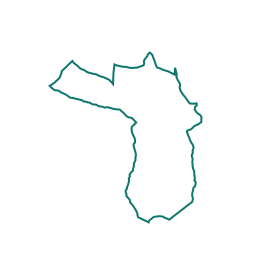 Nova Esperança, Paraná, Brazil, rotated 294°
{"feature_id": "56859067B82552276787712", "entity_name": "Nova Esperança", "entity_type": "district", "adm_level": 2, "iso_a3": "BRA", "parent_name": "Brazil", "parent_adm1": "Paraná", "projection": "equal_earth", "projection_center": [-52.244, -23.163], "detail": "fine", "context": "isolated", "style": "outline", "palette": "teal", "viewbox_px": 256, "rotation_deg": 294, "n_neighbors": 0, "source": "geoboundaries", "source_scale": "gbopen_adm2", "svg_char_len": 2773}
<svg xmlns="http://www.w3.org/2000/svg" viewBox="0 0 256 256"><g transform="rotate(294 128 128)"><path d="M50.6,173.7L50.2,185.2L51.8,185.0L53.7,185.8L55.1,186.6L56.6,187.3L57.7,188.4L60.4,192.9L61.4,196.4L60.8,198.4L61.2,200.6L61.0,202.9L86.7,216.7L88.3,216.4L90.3,215.9L91.8,214.4L94.3,213.3L96.0,213.0L97.8,212.7L100.1,212.1L102.2,212.9L104.3,212.6L106.2,211.8L107.1,210.0L108.7,209.9L110.1,208.9L111.4,208.1L113.3,207.1L115.6,205.9L117.5,203.8L119.7,202.4L121.5,201.5L123.1,200.5L125.0,200.1L126.6,199.2L127.8,198.1L129.4,197.2L131.5,197.4L133.6,196.2L136.7,196.0L139.0,194.1L140.0,192.3L141.3,190.7L142.4,189.2L144.0,188.0L145.6,186.1L146.8,185.0L148.0,183.6L149.6,183.1L150.9,184.6L152.4,186.0L154.7,187.1L156.5,187.7L157.8,188.6L158.9,189.8L160.5,191.0L163.3,192.6L165.8,191.4L167.7,190.8L169.1,188.9L169.9,184.8L172.1,181.3L174.9,180.7L176.7,181.6L178.4,180.7L176.6,177.4L175.5,174.4L179.3,167.8L182.0,162.8L183.4,161.0L184.5,159.8L185.9,158.8L189.4,157.7L191.9,154.1L194.2,151.6L196.9,150.6L202.2,146.5L195.7,148.8L195.9,145.3L196.1,142.1L195.4,136.5L195.5,133.6L195.3,131.7L195.2,129.8L197.0,127.8L199.1,125.8L200.3,124.8L201.4,123.6L202.9,122.1L204.8,120.3L205.8,117.2L203.6,116.3L201.9,116.4L199.9,116.0L198.5,115.6L196.9,115.2L195.0,115.6L193.5,116.6L191.5,116.7L190.4,115.4L188.4,113.4L186.9,111.7L185.4,109.0L184.5,107.0L183.7,105.3L183.4,103.2L182.8,100.6L181.8,98.3L180.6,92.4L180.6,89.8L173.3,92.0L162.1,96.4L163.0,94.8L163.6,93.0L164.4,91.1L164.4,88.4L164.5,85.0L164.0,82.4L163.9,79.7L164.2,77.4L163.5,74.9L163.1,72.4L162.6,69.9L162.5,67.2L163.2,63.9L162.8,62.1L163.1,59.4L164.1,57.1L164.7,54.8L165.2,52.4L166.6,49.9L152.8,44.3L150.8,44.9L149.4,44.9L147.3,45.1L145.5,44.8L143.9,44.4L142.1,43.4L140.1,42.7L138.5,41.8L136.0,40.3L134.7,39.3L133.9,41.1L133.2,43.4L132.7,45.6L133.9,49.4L133.3,52.1L133.3,55.2L133.2,58.0L132.7,60.4L132.2,62.8L132.9,65.1L133.7,69.3L134.2,72.1L134.7,74.2L134.2,76.9L134.9,78.6L135.0,80.8L135.6,82.7L135.2,85.8L135.7,87.6L136.4,89.4L136.1,91.7L136.3,93.7L136.9,95.4L137.2,98.5L138.7,100.8L139.2,104.5L139.8,108.1L140.7,110.9L141.5,112.9L140.6,115.7L139.9,118.0L138.9,120.2L138.1,122.4L138.0,124.4L138.7,126.9L138.2,128.9L137.2,131.2L136.3,133.3L132.5,131.8L130.2,131.0L128.5,131.7L126.2,132.9L124.8,134.3L123.4,135.7L122.1,137.3L120.9,138.7L119.2,139.7L117.5,140.3L115.4,139.7L113.9,140.4L112.1,141.8L110.3,143.6L108.3,145.1L106.0,146.5L104.1,146.7L101.7,147.9L100.3,147.9L98.0,147.8L95.6,148.9L92.7,149.2L91.0,149.8L89.5,149.2L87.6,148.6L86.0,148.4L84.4,149.5L82.2,149.2L80.6,150.3L78.8,150.7L75.8,151.2L73.5,151.1L72.0,151.8L70.3,151.2L68.6,151.9L66.8,153.6L65.3,154.1L64.4,156.0L63.2,158.7L60.8,160.3L59.9,162.6L57.5,166.6L56.0,168.7L54.0,171.1L52.0,172.3L50.6,173.7Z" fill="none" stroke="#0f766e" stroke-width="2"/></g></svg>